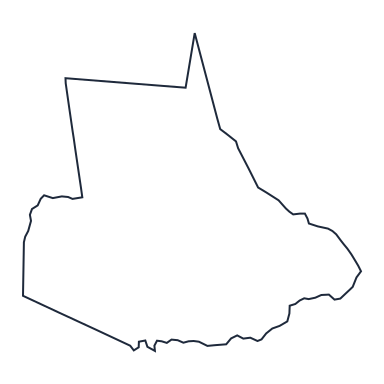 the district of Paudalho, Pernambuco, Brazil
{"feature_id": "56859067B48734598444880", "entity_name": "Paudalho", "entity_type": "district", "adm_level": 2, "iso_a3": "BRA", "parent_name": "Brazil", "parent_adm1": "Pernambuco", "projection": "natural_earth1", "projection_center": [-35.132, -7.887], "detail": "fine", "context": "isolated", "style": "outline", "palette": "slate", "viewbox_px": 384, "rotation_deg": 0, "n_neighbors": 0, "source": "geoboundaries", "source_scale": "gbopen_adm2", "svg_char_len": 1273}
<svg xmlns="http://www.w3.org/2000/svg" viewBox="0 0 384 384"><path d="M194.7,33.1L185.6,87.7L132.3,83.5L65.5,78.2L65.7,83.2L68.8,104.9L72.6,131.1L73.7,138.1L75.3,149.4L81.0,188.0L82.3,197.3L72.5,198.9L68.1,197.0L61.8,196.4L52.8,198.1L44.1,195.3L40.7,198.8L37.7,205.4L32.0,209.0L29.9,214.8L31.0,220.9L28.2,231.0L25.2,236.7L23.9,242.2L23.0,295.8L59.4,312.8L96.0,329.7L130.2,345.7L133.8,350.4L138.7,347.3L138.9,341.7L145.3,340.5L147.4,346.8L154.9,350.9L154.4,345.7L157.0,340.7L161.7,341.3L166.8,342.9L171.5,339.6L177.7,340.2L183.4,342.7L188.6,341.3L193.6,341.0L198.9,341.7L207.4,345.9L214.7,345.2L226.2,344.3L231.1,338.4L237.2,335.4L243.3,338.6L250.3,337.7L257.5,341.0L261.5,339.4L266.2,333.4L272.3,328.5L279.6,325.9L287.3,321.4L289.4,313.5L289.7,305.7L295.3,304.0L299.7,300.5L304.2,298.3L308.7,299.1L315.3,297.7L321.3,295.0L328.9,294.6L334.5,299.6L340.3,298.6L352.7,286.9L356.5,277.4L361.0,271.3L358.2,265.7L355.1,260.5L351.4,254.4L347.4,248.7L343.7,244.2L340.8,240.5L336.2,234.3L332.4,231.0L328.0,228.6L317.8,226.4L308.9,223.5L307.5,218.6L304.9,213.6L300.0,213.6L293.2,214.4L289.4,211.7L285.9,208.5L278.6,200.3L266.7,192.7L258.1,187.5L248.8,168.9L238.1,148.2L236.0,141.4L226.8,134.1L220.2,129.1L217.2,118.3L194.7,33.1Z" fill="none" stroke="#1e293b" stroke-width="2"/></svg>